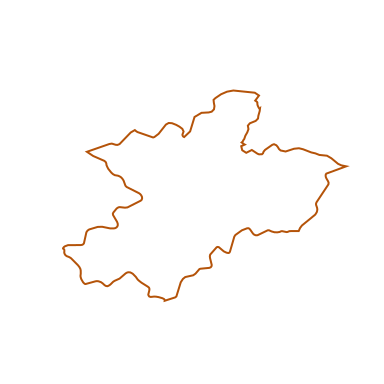 Královéhradecký, Natural Earth projection, rotated 325°
{"feature_id": "CZE-1598", "entity_name": "Královéhradecký", "entity_type": "Region", "adm_level": 1, "iso_a3": "CZE", "parent_name": "Czechia", "parent_adm1": "", "projection": "natural_earth1", "projection_center": [15.778, 50.402], "detail": "fine", "context": "isolated", "style": "outline", "palette": "amber", "viewbox_px": 384, "rotation_deg": 325, "n_neighbors": 0, "source": "natural_earth", "source_scale": "10m", "svg_char_len": 3481}
<svg xmlns="http://www.w3.org/2000/svg" viewBox="0 0 384 384"><g transform="rotate(325 192 192)"><path d="M129.0,98.8L151.9,105.3L154.1,106.4L156.6,109.6L158.0,110.7L160.1,111.2L176.0,108.1L180.7,108.5L181.1,110.1L181.7,111.6L191.4,125.0L192.7,125.4L198.0,125.2L209.3,121.8L212.5,122.1L215.1,124.2L217.6,128.0L219.2,131.3L220.3,134.7L219.8,137.6L217.1,139.5L216.7,140.3L216.6,141.0L216.7,141.8L217.1,142.5L225.2,141.3L237.1,132.0L245.2,132.6L251.3,136.4L254.2,137.5L257.4,136.9L259.7,134.5L261.1,131.4L262.5,128.9L265.0,128.5L271.9,128.6L278.2,129.9L284.1,132.6L300.4,146.7L302.2,151.4L296.2,153.4L296.9,155.3L296.9,156.1L296.4,156.8L295.6,158.2L295.3,159.4L295.0,161.3L295.0,162.7L295.6,162.6L293.9,164.5L290.0,167.7L288.2,169.7L284.9,170.3L278.8,168.9L275.8,169.7L274.3,172.9L271.4,174.9L268.0,176.5L265.1,178.6L264.0,178.9L262.3,179.8L261.1,179.9L262.0,182.6L262.4,183.4L258.6,182.7L257.1,186.6L258.9,191.0L265.1,191.9L267.6,198.2L268.5,199.6L271.0,201.2L272.4,201.0L273.8,200.0L276.0,199.4L284.8,199.4L286.6,199.9L287.9,202.1L288.1,204.4L287.9,206.7L288.4,208.8L291.9,212.5L300.4,215.1L304.7,217.5L307.5,220.7L312.4,228.0L315.2,231.1L317.6,234.7L323.4,239.7L325.5,244.3L327.8,252.7L329.6,255.8L333.0,259.4L312.6,254.0L311.6,254.4L310.8,255.3L310.2,256.5L309.9,257.9L309.6,261.3L309.2,262.8L308.1,264.0L288.2,271.8L287.1,272.5L286.3,273.6L285.4,276.7L284.7,278.1L283.7,279.2L282.6,280.1L280.0,281.2L262.8,282.5L259.8,283.5L257.0,285.2L249.5,280.0L247.3,279.5L246.4,279.0L243.4,275.8L242.6,275.3L240.9,275.0L238.8,274.0L236.5,272.3L234.6,270.0L233.1,267.5L232.0,266.8L220.9,265.0L219.4,264.0L218.5,262.7L218.1,261.1L218.1,256.2L217.9,254.8L217.3,253.9L216.2,253.3L210.9,252.0L202.9,252.1L201.1,252.8L188.8,262.7L187.8,263.1L186.9,262.9L186.2,262.3L185.4,261.4L184.0,258.9L182.3,252.5L181.5,251.7L180.5,251.4L171.0,253.7L169.8,254.8L168.9,256.4L166.3,263.1L165.4,264.0L164.2,264.4L162.7,264.1L154.9,259.7L153.9,259.4L148.0,260.9L145.2,260.9L137.7,257.8L134.7,258.0L131.0,259.5L119.3,268.6L117.8,268.7L107.2,265.4L107.8,264.7L107.7,263.7L106.9,262.1L104.4,259.0L102.6,257.2L101.1,256.0L98.0,254.3L97.5,253.7L97.0,252.9L97.1,251.6L97.4,250.9L100.5,248.2L101.3,247.3L101.6,246.8L101.8,246.2L101.9,245.6L101.5,244.2L98.6,237.3L97.8,234.7L97.3,232.6L97.3,229.3L96.6,225.1L96.0,223.7L95.2,222.3L93.6,221.1L92.3,220.7L90.9,220.6L83.0,221.4L77.8,220.4L76.0,220.3L72.5,220.9L71.1,221.0L69.7,220.9L68.6,220.6L67.6,219.6L67.0,218.3L66.4,215.5L65.7,213.6L64.1,211.4L62.9,210.4L61.7,209.8L52.2,206.4L51.7,206.1L51.3,205.2L51.0,203.6L51.3,200.0L51.9,198.0L52.5,196.8L54.1,195.0L55.8,192.5L56.4,191.1L56.7,189.1L56.6,186.7L54.9,176.8L54.5,175.8L53.9,174.6L52.6,172.7L52.1,171.2L52.2,169.3L52.8,168.0L53.0,167.9L53.6,167.1L54.2,166.2L54.3,165.3L53.9,164.4L54.3,164.0L54.9,163.8L55.7,163.6L56.8,163.6L59.9,164.4L70.5,171.7L71.8,172.3L73.0,172.4L74.1,172.0L82.4,164.4L84.3,163.7L86.3,163.7L94.7,166.5L98.4,168.9L104.2,175.0L107.1,177.0L108.5,177.6L109.8,177.7L111.1,177.4L112.2,176.6L113.0,175.3L113.5,173.5L114.1,165.7L114.7,164.4L115.8,163.7L120.8,162.3L121.9,162.3L123.0,162.4L124.1,162.9L128.1,166.4L130.3,167.6L145.0,169.7L146.3,169.5L147.4,168.7L148.2,167.4L148.5,165.7L148.4,164.2L148.0,162.8L141.4,150.5L141.2,149.6L141.1,148.6L142.5,143.4L142.6,141.9L142.5,140.4L142.2,138.9L141.6,137.6L140.8,136.3L138.4,133.9L137.5,132.0L137.0,129.8L136.7,125.0L137.0,122.8L137.4,120.9L138.1,119.6L138.5,118.2L138.1,116.3L131.7,105.8L129.0,98.8Z" fill="none" stroke="#b45309" stroke-width="2"/></g></svg>